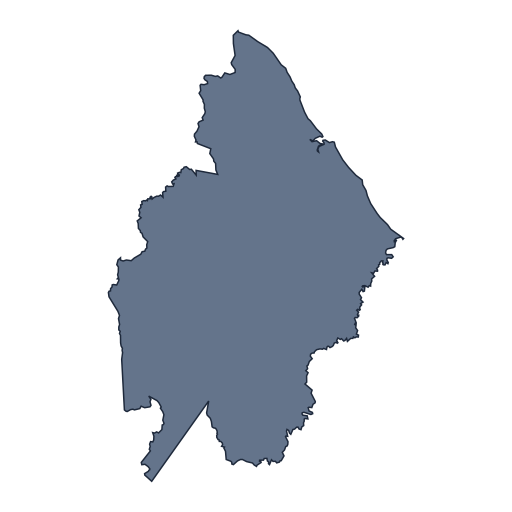 Pocrí, Los Santos, Panama
{"feature_id": "35544464B40624021846566", "entity_name": "Pocrí", "entity_type": "district", "adm_level": 2, "iso_a3": "PAN", "parent_name": "Panama", "parent_adm1": "Los Santos", "projection": "robinson", "projection_center": [-80.154, 7.639], "detail": "fine", "context": "isolated", "style": "filled", "palette": "slate", "viewbox_px": 512, "rotation_deg": 0, "n_neighbors": 0, "source": "geoboundaries", "source_scale": "gbopen_adm2", "svg_char_len": 6089}
<svg xmlns="http://www.w3.org/2000/svg" viewBox="0 0 512 512"><path d="M387.9,263.7L388.3,262.6L386.8,259.9L387.0,258.3L388.2,257.8L391.6,258.3L393.2,256.8L391.7,254.6L386.5,254.6L385.6,253.0L386.0,250.4L387.4,248.9L393.2,247.6L394.8,246.7L395.2,242.7L396.4,240.4L395.9,240.0L394.3,241.4L394.2,240.7L395.6,238.7L400.7,237.1L401.9,237.6L402.9,239.3L403.6,238.5L390.7,229.2L387.5,224.6L380.2,217.5L377.2,213.6L370.7,203.6L367.4,195.9L366.0,190.5L362.7,184.7L362.2,180.0L355.9,175.3L348.5,167.3L342.7,159.8L335.5,147.0L334.3,142.2L332.5,141.7L329.4,142.6L325.3,140.0L323.0,140.3L322.7,141.1L324.1,142.9L324.1,144.3L319.0,146.5L317.8,149.3L318.6,152.0L317.5,151.2L317.2,150.0L318.5,146.2L319.7,145.3L322.5,144.7L322.8,144.0L320.0,143.4L316.6,140.7L312.0,141.7L309.8,139.4L312.9,140.9L315.3,138.3L319.9,136.2L322.1,137.2L322.9,136.6L321.8,134.1L316.5,128.9L310.4,120.8L308.0,118.7L304.6,112.2L300.0,100.3L299.8,98.8L300.3,96.9L297.6,91.0L295.2,87.8L294.2,84.7L291.8,81.1L290.1,77.0L287.1,72.3L285.7,68.3L281.2,64.8L273.2,53.2L267.5,47.5L257.7,41.6L248.8,35.2L245.8,34.8L238.5,32.1L238.0,30.7L233.3,35.3L233.4,43.5L235.1,55.5L231.2,62.7L231.7,64.6L235.2,69.4L235.1,72.5L229.9,74.5L224.8,72.9L221.9,77.3L220.7,78.0L217.7,75.9L215.3,76.4L211.3,75.2L205.6,75.3L204.3,76.6L204.0,78.3L204.8,79.7L207.4,81.5L207.6,83.6L204.1,84.7L201.0,84.3L200.1,85.3L200.7,90.7L199.1,93.2L203.1,99.9L203.0,101.3L204.4,104.4L204.3,108.2L205.3,111.7L204.8,113.7L202.2,117.6L203.1,120.1L199.1,121.8L198.0,123.5L199.0,126.7L197.0,131.1L194.5,134.1L194.3,136.2L196.0,140.0L195.5,141.9L197.0,141.8L197.4,143.5L210.8,148.7L209.8,153.6L213.5,158.9L213.8,161.2L215.6,163.4L215.9,170.0L217.7,174.4L196.1,170.4L196.2,175.1L191.3,169.2L189.7,169.5L186.3,166.7L184.1,167.2L183.4,168.6L181.3,169.7L180.8,172.6L179.5,172.3L177.6,173.1L177.8,174.1L179.4,175.0L179.2,175.9L178.4,176.3L177.4,175.2L176.7,175.3L177.0,176.6L175.5,176.6L174.9,177.4L175.9,178.9L173.3,180.1L171.7,181.9L172.6,184.0L174.0,183.7L173.2,186.4L168.2,186.5L167.1,185.9L165.6,187.1L165.8,191.2L163.5,191.6L162.6,192.6L163.0,197.2L160.6,195.0L158.3,196.3L156.9,196.1L154.1,197.4L152.2,199.0L151.8,196.8L151.1,196.3L150.0,197.3L150.6,198.7L147.7,198.9L147.4,200.6L146.5,200.1L145.6,200.9L143.8,200.6L141.8,201.5L142.1,204.4L140.6,204.9L140.9,207.4L138.8,209.7L139.8,212.3L139.0,216.0L141.1,217.8L137.2,220.9L138.2,223.5L138.4,228.4L140.3,230.6L140.5,232.3L142.0,233.3L143.1,236.9L147.7,241.6L146.7,244.8L146.9,248.0L145.5,249.2L144.8,251.2L142.1,251.7L140.8,254.2L134.3,258.0L131.2,260.7L126.4,260.0L123.1,261.0L120.5,260.1L120.5,257.8L118.1,259.9L116.8,264.7L118.4,267.0L118.3,272.1L117.6,274.8L118.4,277.5L117.3,278.8L118.9,279.1L118.8,280.6L116.7,285.0L113.3,284.5L112.2,284.9L112.0,287.0L110.6,288.6L110.5,290.9L109.1,291.2L108.4,292.5L109.0,296.8L117.9,311.3L119.5,315.4L118.5,318.6L119.6,324.5L118.8,326.9L118.8,329.9L120.2,331.3L119.5,333.5L120.5,335.3L120.6,342.9L121.1,345.9L122.4,348.3L122.1,350.3L122.6,352.6L121.7,359.3L124.4,409.9L126.1,411.3L127.3,411.5L130.6,409.6L132.9,409.2L134.4,409.9L139.8,408.6L141.1,406.2L144.7,407.7L150.0,406.8L151.0,405.3L150.0,401.8L150.9,399.3L148.7,396.1L157.0,400.6L158.8,402.6L161.2,407.0L160.4,408.2L162.7,411.6L163.9,414.7L162.8,420.2L164.0,423.3L163.4,424.6L162.2,425.0L161.9,429.6L158.6,432.9L156.6,431.9L154.5,433.1L152.7,432.6L153.9,436.2L153.7,440.0L152.8,441.9L150.6,441.6L149.6,444.2L150.2,446.4L149.3,449.3L150.4,450.9L141.3,462.4L141.8,464.7L145.0,464.3L148.1,466.6L149.8,468.8L149.7,469.8L148.9,470.2L148.4,471.3L144.6,473.6L144.8,475.1L151.7,481.3L208.7,401.0L206.6,412.9L207.2,415.1L210.3,418.3L211.4,421.5L212.1,426.8L213.4,427.8L215.6,428.3L216.9,430.4L217.3,432.4L216.9,433.2L217.5,434.1L216.7,435.4L216.8,437.4L218.1,439.6L219.1,439.9L219.3,441.4L220.7,441.4L222.3,443.0L222.6,444.7L221.6,446.3L224.5,447.1L223.9,448.1L225.5,451.3L226.2,459.5L230.7,461.2L231.7,462.2L231.9,464.1L233.4,464.6L237.5,460.9L240.5,459.5L242.5,459.5L246.6,461.6L252.5,463.0L254.2,465.0L256.5,466.4L257.0,465.2L261.1,462.5L260.8,461.5L259.5,461.2L259.6,460.2L263.5,460.1L264.2,458.5L266.9,458.4L267.4,461.0L268.6,461.8L268.5,463.7L269.5,464.6L271.5,459.8L273.0,461.4L275.4,461.3L276.7,462.9L279.4,462.1L280.1,460.8L281.2,460.7L284.0,455.9L282.3,452.3L284.5,450.0L285.7,446.6L287.2,445.9L287.8,444.3L288.0,441.7L285.5,436.6L286.0,436.0L287.7,436.3L286.5,431.1L287.0,429.4L288.7,430.5L289.5,433.1L290.8,434.3L292.9,429.5L294.6,429.1L296.6,427.2L298.0,427.1L299.0,429.0L301.0,429.7L301.8,426.9L303.7,425.6L303.5,422.8L304.2,421.2L304.2,419.1L305.1,418.5L307.9,418.9L307.2,415.8L302.9,415.2L302.0,413.9L302.3,412.7L303.9,412.3L310.9,414.5L312.7,413.7L312.4,412.4L309.0,410.9L308.2,407.6L309.0,407.2L311.8,407.6L313.0,404.3L315.1,402.8L315.3,401.5L311.1,393.2L312.1,390.1L305.0,384.0L306.7,382.2L306.6,375.9L308.1,372.7L305.8,370.7L307.6,368.7L306.9,366.0L308.0,365.2L309.3,361.5L312.2,358.7L310.3,356.1L310.6,354.2L312.1,353.1L314.1,353.0L314.5,351.7L316.6,349.7L320.0,348.9L322.6,349.2L323.6,348.4L326.5,349.5L326.9,347.2L327.7,346.3L328.7,346.3L330.0,347.6L332.1,346.6L333.3,345.5L334.3,343.0L336.2,342.4L337.2,343.2L337.9,342.7L336.7,340.5L337.8,338.0L340.3,339.4L341.5,338.7L343.7,341.0L344.9,340.5L346.6,338.4L347.4,341.4L350.7,338.4L352.9,338.4L353.4,336.9L354.9,337.8L356.3,336.9L358.3,337.0L358.5,335.1L356.4,334.1L357.6,330.5L355.7,327.8L356.0,325.5L354.7,324.4L355.2,323.4L356.1,324.1L356.2,322.8L354.5,318.3L355.2,317.5L357.2,317.7L358.7,316.1L358.7,315.2L357.7,315.4L357.4,314.5L358.6,312.2L356.7,310.2L357.8,309.3L359.3,310.3L360.2,309.7L359.7,308.4L359.9,306.9L361.6,304.9L360.6,303.6L363.0,302.1L360.5,299.6L361.5,297.7L359.2,294.1L359.2,292.4L361.8,289.3L363.1,291.6L364.4,291.1L364.9,286.6L362.6,287.0L362.2,286.4L362.7,285.8L364.9,285.6L368.1,287.2L369.3,285.6L370.6,286.1L370.7,283.5L371.8,281.1L371.6,278.9L374.6,276.3L371.7,272.8L373.6,273.2L374.9,271.0L377.5,271.2L377.6,270.1L376.6,268.6L378.8,266.3L378.6,264.8L379.7,264.3L379.7,262.7L381.3,260.9L382.9,260.9L382.5,262.6L383.2,263.2L382.8,264.2L383.3,264.8L385.0,264.9L386.2,262.5L387.9,263.7Z" fill="#64748b" stroke="#1e293b" stroke-width="1.5"/></svg>